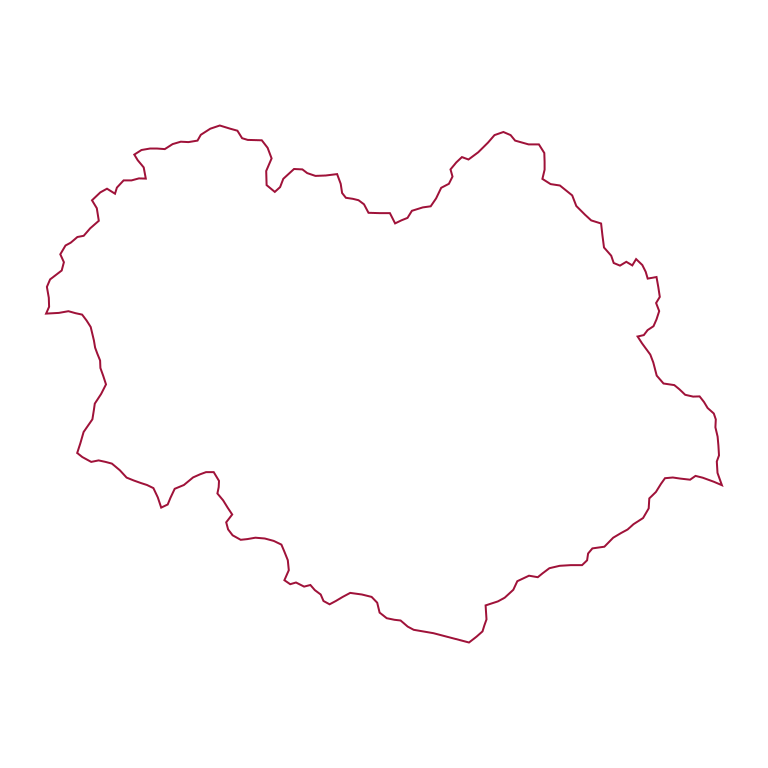 the district of Guareí, São Paulo, Brazil
{"feature_id": "56859067B44284310246049", "entity_name": "Guareí", "entity_type": "district", "adm_level": 2, "iso_a3": "BRA", "parent_name": "Brazil", "parent_adm1": "São Paulo", "projection": "orthographic", "projection_center": [-48.224, -23.376], "detail": "fine", "context": "isolated", "style": "outline", "palette": "rose", "viewbox_px": 768, "rotation_deg": 0, "n_neighbors": 0, "source": "geoboundaries", "source_scale": "gbopen_adm2", "svg_char_len": 3201}
<svg xmlns="http://www.w3.org/2000/svg" viewBox="0 0 768 768"><path d="M433.5,633.2L469.0,642.5L476.6,636.6L482.5,631.4L484.4,625.3L486.5,619.4L485.6,605.4L497.9,601.4L504.7,597.7L513.3,589.8L517.3,581.2L529.0,575.7L537.8,577.2L542.6,573.3L549.4,568.2L559.7,565.8L571.3,565.1L582.1,565.1L587.1,560.3L588.1,553.5L592.4,548.4L604.4,546.7L613.2,537.7L621.3,532.9L627.6,529.5L633.5,524.2L643.1,518.0L648.7,508.4L649.3,498.4L655.9,492.0L661.0,483.8L665.0,478.2L672.8,477.5L680.4,478.6L690.1,479.7L695.5,475.9L702.7,477.7L713.7,481.7L721.9,485.2L717.5,472.9L716.8,461.5L719.0,455.4L718.4,445.5L717.6,436.6L715.4,427.3L715.8,419.4L713.8,413.5L707.6,408.0L704.0,402.0L699.6,396.4L693.1,396.6L685.2,394.8L679.3,389.2L674.3,385.1L663.5,383.5L656.7,375.6L653.3,362.5L650.3,354.6L642.0,343.3L637.6,336.5L643.8,335.1L647.6,330.1L653.5,326.2L656.5,319.4L659.2,311.1L656.1,303.0L659.8,296.9L658.3,287.1L656.5,277.0L647.7,278.6L645.7,271.8L642.3,265.0L636.1,259.1L632.3,265.4L626.3,261.8L620.0,265.6L613.7,263.0L611.2,255.7L604.0,247.5L602.4,235.1L601.1,223.5L591.2,220.4L585.2,214.9L576.3,206.0L572.2,195.4L559.9,185.5L550.6,184.1L542.4,178.9L544.6,169.7L544.6,161.9L544.3,153.0L538.9,144.4L528.6,144.4L515.1,140.6L510.6,135.1L503.4,132.0L494.5,135.1L488.0,142.6L478.2,152.3L468.5,159.5L461.9,157.1L456.3,162.4L450.5,169.4L452.5,176.6L448.9,183.8L441.2,187.8L436.1,198.4L430.7,206.3L422.8,207.4L411.9,210.8L407.5,217.9L401.5,220.3L395.1,223.4L389.9,213.1L378.6,213.1L368.5,212.8L364.0,204.3L358.5,200.2L352.7,198.8L345.9,197.8L342.1,193.0L340.7,183.8L337.1,174.1L325.7,175.5L315.4,175.9L307.2,173.1L302.4,169.4L294.0,169.0L283.3,178.8L280.1,187.1L274.8,191.9L266.6,185.1L266.2,171.0L271.6,158.4L267.6,147.8L261.8,140.3L247.7,139.9L242.1,138.2L237.4,130.7L230.2,128.7L219.8,125.5L210.3,128.7L200.8,134.8L197.5,140.6L188.5,142.1L180.8,141.7L172.6,144.1L164.8,149.1L156.6,148.5L150.2,148.5L141.5,150.0L134.3,154.6L137.7,160.2L143.7,167.4L145.8,178.6L138.9,178.4L131.5,180.4L123.6,180.4L116.9,187.6L115.0,193.7L107.0,188.7L100.3,192.4L92.0,200.3L96.8,208.2L98.8,220.8L90.2,228.3L83.7,235.8L77.4,237.0L70.7,242.7L65.5,245.5L60.3,254.3L63.9,262.2L61.7,270.5L50.1,279.4L46.9,286.9L48.8,297.8L49.1,306.8L46.1,313.6L58.9,312.9L68.4,311.2L75.6,313.2L82.1,314.6L86.5,320.4L90.7,327.0L93.9,340.4L95.1,347.6L97.3,353.6L100.1,360.5L100.4,368.0L103.2,375.8L106.0,384.4L101.1,394.0L94.8,403.6L93.8,410.5L92.4,419.3L83.6,432.0L80.4,443.1L77.2,453.0L82.4,457.1L91.2,461.9L98.6,460.4L105.5,461.9L111.9,463.6L119.9,470.3L126.6,477.6L133.8,480.5L140.8,483.0L147.0,485.0L153.4,488.1L157.8,497.4L161.2,507.6L167.7,504.5L170.5,497.7L174.7,488.8L183.9,485.0L193.1,477.4L200.1,474.3L206.1,472.1L213.7,472.1L219.0,480.9L218.7,487.1L217.4,493.5L223.1,500.3L227.8,507.9L232.2,514.5L226.2,522.3L228.1,529.4L232.6,535.3L240.7,539.8L247.3,539.1L255.4,537.7L264.8,538.5L273.7,540.9L281.4,544.6L284.4,551.7L287.8,560.2L288.8,570.2L284.4,580.2L290.2,584.2L296.0,582.5L304.1,586.6L310.4,585.0L314.8,590.1L320.7,594.5L323.5,601.0L329.6,604.3L335.8,601.0L342.7,596.9L350.2,592.9L361.9,594.5L371.6,596.9L377.2,602.7L379.6,612.6L386.7,618.2L394.5,619.8L400.6,620.5L407.7,626.6L413.7,629.8L433.5,633.2Z" fill="none" stroke="#9f1239" stroke-width="2"/></svg>